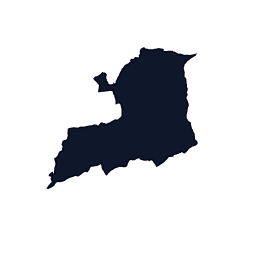 Cata, Brasov, Romania (Robinson projection), rotated 316°
{"feature_id": "2599482B43021810170030", "entity_name": "Cata", "entity_type": "district", "adm_level": 2, "iso_a3": "ROU", "parent_name": "Romania", "parent_adm1": "Brasov", "projection": "robinson", "projection_center": [25.249, 46.128], "detail": "fine", "context": "isolated", "style": "filled", "palette": "ink", "viewbox_px": 256, "rotation_deg": 316, "n_neighbors": 0, "source": "geoboundaries", "source_scale": "gbopen_adm2", "svg_char_len": 5731}
<svg xmlns="http://www.w3.org/2000/svg" viewBox="0 0 256 256"><g transform="rotate(316 128 128)"><path d="M122.2,175.4L123.2,175.6L123.7,175.8L125.7,176.2L126.3,176.2L127.3,176.5L128.8,176.8L134.2,177.0L135.6,176.7L136.2,176.2L136.9,176.6L138.0,176.9L140.6,179.1L141.0,179.2L141.7,178.2L143.4,179.1L144.8,180.2L146.6,180.6L146.8,181.0L147.8,180.9L148.1,181.4L148.7,181.5L148.8,181.9L149.8,181.9L150.2,181.6L150.9,182.6L150.8,183.2L151.0,183.6L151.2,184.9L152.6,185.1L155.4,185.0L157.1,184.7L158.7,184.8L160.4,185.3L162.2,185.5L163.0,186.3L163.7,186.5L164.7,187.0L166.4,187.0L166.8,186.9L167.4,186.4L167.9,185.2L167.7,182.9L167.8,182.3L171.0,178.5L171.7,176.3L172.8,173.7L172.9,172.5L174.0,170.8L174.9,169.1L176.0,167.7L176.3,167.1L175.6,165.9L175.8,163.6L176.0,163.3L176.2,161.8L176.5,161.0L177.5,160.1L178.9,158.6L182.2,156.5L185.1,154.1L185.6,154.1L186.8,153.6L188.1,151.9L188.6,150.6L189.0,149.9L190.2,146.6L191.7,145.5L193.5,145.1L193.9,143.8L194.4,142.8L194.9,142.4L196.5,141.7L197.7,140.9L198.3,138.9L199.9,137.5L200.6,136.1L202.0,134.6L202.2,134.1L203.0,133.5L203.5,132.3L203.6,130.1L205.5,128.1L206.9,126.9L209.1,123.0L210.6,122.3L212.3,121.2L212.7,120.8L213.8,120.9L217.0,120.5L221.6,121.0L226.9,122.2L227.6,122.0L226.0,121.2L222.8,119.1L221.0,117.0L218.8,115.0L217.1,112.0L216.8,111.3L216.5,111.0L215.6,111.1L215.2,110.5L215.3,110.1L215.1,109.7L215.2,109.3L214.1,106.9L214.0,105.9L213.8,105.5L213.3,105.3L213.0,105.0L212.9,104.4L212.9,103.8L212.7,103.8L212.4,103.3L212.1,103.2L211.9,102.9L211.9,102.6L211.1,102.1L210.9,101.7L210.4,101.2L207.9,99.4L208.2,99.4L206.6,97.6L205.9,96.9L207.6,95.9L207.1,95.0L206.1,93.8L205.2,92.5L204.5,91.9L204.1,92.1L201.5,89.9L199.9,89.2L198.6,87.7L198.2,87.8L198.0,87.5L197.6,86.7L197.1,86.2L196.2,84.6L194.7,82.8L195.1,81.6L194.8,81.3L193.2,81.0L192.4,80.6L190.7,81.2L189.4,82.5L188.4,84.0L187.0,83.7L186.6,83.9L186.4,84.5L184.7,85.5L183.9,84.8L182.9,83.6L182.2,83.1L182.2,82.8L181.8,82.6L180.7,82.8L180.6,83.0L180.3,83.4L178.3,81.4L178.1,81.6L177.7,81.4L177.5,81.5L177.1,81.3L176.6,83.3L175.1,82.4L173.4,82.5L169.5,81.3L168.1,81.4L166.3,82.0L165.4,81.9L164.9,81.7L163.3,82.5L161.2,83.1L159.2,83.9L158.3,84.5L157.7,84.5L155.2,85.2L153.2,86.2L152.5,86.2L150.6,87.6L150.1,87.7L149.2,87.5L148.7,87.7L148.4,87.4L148.4,86.4L147.3,87.0L146.8,86.3L146.2,85.9L143.9,83.6L143.8,83.2L144.0,82.4L144.3,82.0L144.5,81.8L144.5,81.5L144.9,80.7L145.0,80.1L144.8,79.8L144.9,79.3L145.1,78.6L145.7,78.1L145.9,77.7L145.9,77.2L146.3,77.0L146.9,76.1L147.2,75.4L147.9,75.2L148.4,74.7L149.0,74.7L149.2,74.0L148.9,73.7L149.2,73.3L149.0,73.2L149.1,72.9L148.9,72.6L149.0,72.4L149.2,72.7L149.2,72.4L149.0,72.2L149.3,72.2L148.7,72.0L148.5,71.9L148.4,71.8L148.5,71.7L148.0,71.4L148.0,71.1L147.7,71.2L147.7,70.7L147.3,70.8L146.8,70.6L145.5,70.9L145.2,70.6L143.5,70.6L142.7,70.1L141.2,69.9L140.2,69.0L137.9,69.0L137.7,70.4L137.8,70.5L137.9,73.3L137.6,75.8L137.7,77.3L136.7,78.2L132.4,81.5L135.2,83.6L136.8,85.0L138.5,86.1L139.1,86.8L141.6,88.3L142.0,89.2L142.7,89.6L143.7,89.8L143.1,90.7L142.4,92.3L141.6,93.4L141.5,94.2L141.5,95.1L140.6,96.4L140.6,96.7L140.2,97.0L140.1,97.5L139.3,98.8L139.0,99.7L137.9,100.8L136.6,102.2L137.9,102.7L139.2,103.5L139.6,104.6L139.4,106.5L138.5,107.9L138.2,108.2L137.9,109.0L135.9,111.7L134.2,113.2L133.0,114.6L131.8,115.5L131.0,115.7L126.6,115.6L126.1,115.7L125.5,114.8L124.6,113.7L124.1,113.3L119.8,112.2L118.4,112.1L117.5,111.3L117.1,111.3L115.2,110.7L114.7,110.2L114.1,109.2L113.9,108.5L113.3,108.0L112.9,107.8L112.6,107.4L112.5,107.1L112.7,106.6L112.2,106.4L112.1,106.0L111.1,106.0L108.7,106.3L107.2,106.3L107.3,105.3L107.0,104.0L105.7,102.5L104.4,101.9L103.8,101.9L103.6,101.7L103.4,101.7L103.1,101.3L102.5,100.8L102.0,100.2L97.2,97.3L96.0,96.4L95.6,96.1L95.5,95.6L95.0,95.1L93.9,94.4L92.8,94.1L91.8,93.5L90.2,91.8L89.4,90.7L88.2,89.7L85.4,87.9L84.4,87.5L81.2,90.4L79.9,92.2L78.0,93.3L77.3,93.9L76.4,94.1L75.1,94.0L72.5,92.7L71.6,92.9L69.3,94.3L68.7,96.5L66.4,97.8L65.6,98.6L64.6,99.1L64.0,98.5L62.5,98.1L61.0,98.4L59.0,99.5L57.1,99.7L56.1,100.0L55.4,99.8L54.3,99.3L54.1,99.8L54.2,100.0L53.9,100.1L54.0,100.3L53.9,100.5L53.7,100.5L53.4,100.8L53.5,100.9L53.5,101.2L53.1,101.1L52.8,101.9L52.6,102.2L52.6,102.5L52.4,102.5L52.3,103.0L51.9,103.3L52.1,103.6L51.9,103.9L50.9,104.3L49.6,105.2L47.6,106.2L46.4,107.4L44.6,108.8L43.8,109.6L43.8,110.1L43.0,109.9L41.3,109.3L42.0,108.7L42.5,107.5L40.2,107.2L38.6,107.4L38.5,107.8L38.7,108.2L39.1,108.5L39.4,109.0L40.0,109.2L39.9,109.4L39.3,110.7L38.0,110.9L37.7,111.2L37.3,111.9L38.1,112.2L38.3,112.5L38.2,112.9L37.7,113.3L36.8,113.1L36.2,114.7L34.4,114.5L33.3,114.7L31.0,114.7L30.2,115.0L28.4,115.3L28.7,115.9L30.0,116.2L31.6,116.9L34.7,117.5L36.9,116.9L38.6,116.8L39.3,116.9L40.6,117.6L41.0,118.2L42.4,119.5L43.8,120.4L45.6,121.3L48.2,121.7L50.5,122.3L53.0,123.3L54.9,124.4L56.2,124.7L57.1,125.3L58.2,126.4L58.6,127.3L58.9,127.6L60.8,128.0L66.2,128.6L67.4,129.4L68.4,130.9L69.8,130.7L70.6,130.8L71.9,130.0L74.8,129.2L74.9,129.6L76.0,130.4L76.2,130.8L78.2,132.0L80.1,133.4L82.4,134.1L84.0,134.1L84.7,133.8L85.1,133.9L84.8,134.9L83.8,135.7L83.5,136.7L82.4,138.2L81.4,139.8L81.2,142.0L80.1,145.8L80.2,146.6L80.8,146.6L81.4,146.2L85.8,146.3L87.3,146.5L88.4,147.0L89.3,146.9L90.9,147.4L95.5,149.5L96.0,150.3L97.1,151.1L97.9,152.5L99.2,153.6L100.0,153.9L100.9,154.0L103.2,152.6L105.1,152.1L105.6,151.8L106.6,151.7L108.2,152.4L108.9,153.2L109.2,153.8L110.0,154.4L110.1,154.6L110.6,154.9L110.7,155.1L111.2,155.1L111.8,155.4L113.6,155.7L113.8,156.0L115.1,156.5L115.6,157.0L115.7,157.4L115.6,157.8L115.8,158.6L115.6,158.8L115.7,159.3L116.9,161.2L116.9,161.5L117.5,162.3L119.3,164.0L120.6,164.5L120.8,165.1L120.7,165.9L121.3,166.0L123.0,166.9L123.6,169.0L123.1,170.2L122.8,173.5L122.2,175.4Z" fill="#0f172a" stroke="#020617" stroke-width="1.5"/></g></svg>